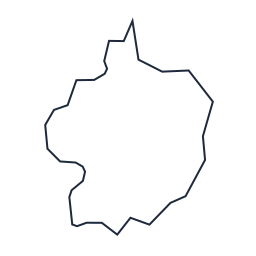 Bedford, Natural Earth projection, rotated 274°
{"feature_id": "GBR-5698", "entity_name": "Bedford", "entity_type": "Unitary Authority", "adm_level": 1, "iso_a3": "GBR", "parent_name": "United Kingdom", "parent_adm1": "", "projection": "natural_earth1", "projection_center": [-0.481, 52.188], "detail": "fine", "context": "isolated", "style": "outline", "palette": "slate", "viewbox_px": 256, "rotation_deg": 274, "n_neighbors": 0, "source": "natural_earth", "source_scale": "10m", "svg_char_len": 552}
<svg xmlns="http://www.w3.org/2000/svg" viewBox="0 0 256 256"><g transform="rotate(274 128 128)"><path d="M64.0,190.2L56.3,175.6L33.1,156.1L38.6,136.7L20.9,124.7L31.6,108.5L30.6,93.3L26.5,84.0L27.9,79.1L55.0,74.3L62.0,76.1L72.1,86.7L81.4,88.2L86.3,85.5L89.9,78.2L89.9,62.6L101.7,49.1L125.3,45.2L140.9,52.9L146.6,66.2L172.1,73.2L173.6,90.9L180.5,101.0L185.6,103.0L193.1,99.6L213.6,103.0L214.4,117.7L235.1,125.0L196.9,133.7L186.6,158.2L189.6,184.5L160.2,210.8L125.0,203.3L101.5,207.1L64.0,190.2Z" fill="none" stroke="#1e293b" stroke-width="2"/></g></svg>